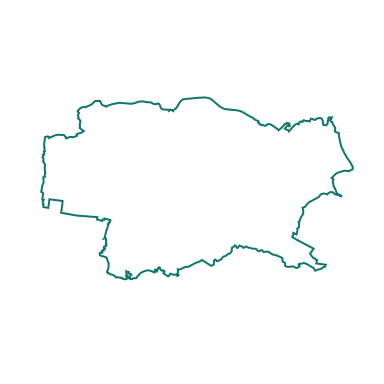 Kota Salatiga, Jawa Tengah, Indonesia (Albers equal-area conic projection), rotated 100°
{"feature_id": "22746128B99456803569608", "entity_name": "Kota Salatiga", "entity_type": "district", "adm_level": 2, "iso_a3": "IDN", "parent_name": "Indonesia", "parent_adm1": "Jawa Tengah", "projection": "albers", "projection_center": [110.501, -7.337], "detail": "fine", "context": "isolated", "style": "outline", "palette": "teal", "viewbox_px": 384, "rotation_deg": 100, "n_neighbors": 0, "source": "geoboundaries", "source_scale": "gbopen_adm2", "svg_char_len": 5965}
<svg xmlns="http://www.w3.org/2000/svg" viewBox="0 0 384 384"><g transform="rotate(100 192 192)"><path d="M106.1,99.8L107.9,102.4L115.4,107.1L114.7,107.5L114.4,108.1L114.4,109.1L113.5,111.6L109.9,109.4L109.7,108.6L110.3,108.0L110.4,107.4L109.9,107.2L109.2,108.5L107.7,108.0L107.5,110.5L108.5,111.2L109.5,112.5L109.3,112.6L112.3,114.3L116.2,117.4L114.8,119.3L114.1,121.4L112.7,124.0L111.7,126.7L112.0,129.2L114.1,131.0L113.7,134.2L114.1,134.9L114.1,135.7L113.5,136.0L113.5,137.1L112.5,138.5L112.0,138.3L111.7,138.9L110.8,138.8L109.8,142.6L108.2,145.4L107.6,147.9L104.7,155.6L103.8,159.0L103.8,162.4L104.6,173.3L104.5,174.9L103.0,179.5L97.5,188.7L96.7,191.3L96.6,195.5L98.1,202.1L102.1,216.5L103.0,217.7L105.2,219.3L110.8,221.5L112.7,222.5L114.5,224.4L114.7,225.5L115.3,225.1L114.6,227.8L115.0,228.3L116.2,228.8L115.1,230.1L115.6,233.1L115.7,235.4L115.1,236.6L114.3,237.5L112.8,238.3L111.1,239.6L110.6,240.5L111.6,242.3L112.0,244.8L110.9,248.1L111.3,251.6L111.3,256.0L111.7,258.1L112.3,260.2L114.5,264.0L115.7,267.3L116.7,278.8L119.3,285.7L121.6,289.8L122.9,291.6L122.4,291.9L122.1,295.2L120.8,296.7L119.2,297.7L118.3,298.5L119.3,303.4L122.3,305.3L123.9,307.0L127.1,311.8L127.0,313.1L127.3,314.0L128.5,316.4L130.5,317.5L132.0,318.7L133.4,317.8L133.8,317.0L136.4,317.6L136.9,317.6L137.9,316.7L139.3,316.9L140.1,315.4L140.7,315.1L141.2,314.3L142.5,314.3L143.7,314.0L145.2,314.4L147.1,313.5L148.4,313.8L150.4,310.2L150.7,309.2L152.1,310.3L155.1,315.6L156.5,315.0L158.6,318.1L158.9,321.9L161.0,324.8L160.7,325.6L159.9,325.6L159.5,326.5L158.2,327.9L158.8,333.7L160.0,336.8L162.7,340.6L162.6,341.5L163.7,342.2L162.3,343.4L162.8,345.1L163.6,346.3L171.5,345.8L173.9,345.3L174.4,344.7L175.3,344.8L177.3,344.1L177.6,344.9L179.8,344.1L180.7,344.1L180.7,344.8L181.1,345.3L182.1,344.9L183.8,345.2L184.7,344.1L187.1,343.9L187.5,343.6L188.1,343.8L189.4,342.3L190.9,341.3L191.5,341.2L192.8,341.5L194.0,341.0L195.1,341.0L199.4,339.6L200.7,340.1L201.8,340.0L202.4,339.6L202.4,340.0L203.3,341.0L208.3,339.8L211.6,340.5L218.1,340.5L218.4,339.2L219.2,338.4L225.5,338.1L225.8,337.6L225.5,336.7L227.5,337.3L228.8,336.8L229.5,336.2L230.0,336.1L230.5,336.5L232.2,335.7L232.6,335.7L232.6,330.8L223.9,331.1L223.3,317.9L227.2,317.5L235.2,317.3L235.2,301.4L233.2,280.9L235.5,280.8L236.1,275.4L234.6,275.3L234.6,273.7L233.3,273.6L233.8,267.5L235.5,267.6L235.5,268.0L237.3,268.2L237.2,268.9L241.7,269.0L245.0,269.7L252.4,270.1L253.0,270.4L252.4,269.2L254.0,268.1L254.1,268.3L254.6,268.1L255.8,268.2L257.5,267.8L257.5,267.5L258.4,267.1L258.9,267.5L259.1,267.2L260.0,267.1L261.0,269.0L261.5,269.3L262.6,269.0L262.6,268.1L263.2,268.0L263.2,268.8L264.8,268.8L264.8,269.6L265.5,269.7L265.8,270.4L267.2,269.9L267.2,270.7L267.6,270.7L267.6,271.5L268.1,271.6L268.5,272.3L270.4,271.6L271.3,264.9L276.9,261.6L281.7,261.1L285.4,261.9L285.9,260.8L286.6,260.7L286.5,259.4L287.1,258.6L287.5,255.3L288.2,253.3L288.7,252.5L289.0,252.6L289.3,252.3L289.2,251.0L288.7,250.1L288.9,247.8L288.6,246.8L289.1,246.6L289.1,245.1L289.7,244.7L289.4,242.1L287.8,239.6L285.9,240.7L286.7,242.0L285.6,242.3L284.4,242.0L284.2,242.4L281.5,243.0L281.8,242.0L281.7,240.4L283.2,240.2L283.3,238.7L284.1,237.3L285.3,238.1L287.4,238.4L288.1,238.2L288.4,237.3L288.1,235.6L287.5,235.4L287.1,234.8L286.5,231.9L284.3,231.0L283.3,230.0L282.1,229.7L279.7,227.4L278.1,224.9L276.9,222.2L276.7,220.8L277.1,217.3L277.8,215.4L277.7,214.8L274.9,215.0L274.7,214.4L276.3,212.8L274.2,212.2L272.6,212.2L271.8,211.0L272.1,210.4L273.0,210.2L274.0,209.4L274.5,208.5L274.7,207.8L274.1,207.0L274.6,205.6L275.2,205.2L276.0,206.0L277.0,206.1L279.1,201.3L279.0,200.5L278.6,200.1L276.3,199.3L276.1,198.9L276.8,196.8L276.3,194.4L275.8,193.1L276.7,192.8L277.2,191.7L276.2,190.8L275.8,191.0L275.6,191.7L274.3,192.1L273.3,191.8L270.6,192.6L270.3,190.1L268.9,188.5L266.7,185.1L266.3,182.6L260.8,175.6L260.2,174.1L258.3,171.4L257.2,170.4L261.4,160.3L259.6,157.9L256.0,158.4L254.7,157.9L254.6,156.8L255.7,155.8L255.3,154.2L253.0,151.3L251.4,150.7L250.6,150.1L249.9,149.4L249.4,148.1L246.9,145.8L246.4,144.7L245.5,143.7L244.2,142.9L243.0,142.6L240.5,143.0L239.7,142.9L238.6,141.3L237.1,140.6L237.3,139.8L239.3,137.8L238.9,137.1L236.8,136.2L236.5,135.8L236.9,134.8L237.0,133.1L238.1,131.8L236.2,129.2L237.0,127.2L236.9,125.2L237.3,123.1L236.9,119.9L237.2,118.6L238.6,116.8L238.8,116.0L238.4,115.1L237.5,114.4L237.1,112.9L238.7,111.1L237.7,108.0L237.6,107.0L237.9,105.7L239.5,102.1L239.7,98.0L241.1,92.1L242.2,91.1L242.6,91.3L244.0,91.1L244.7,90.6L245.1,90.0L245.4,88.4L246.7,87.7L248.3,87.6L248.9,86.9L249.1,85.9L248.9,83.6L247.9,80.2L247.8,79.2L248.4,77.6L248.6,75.5L246.8,73.2L246.4,73.1L244.9,74.4L244.0,73.9L243.7,71.8L242.5,69.6L243.0,66.3L245.4,60.2L245.4,59.5L248.1,57.0L246.9,55.4L246.4,53.9L244.7,50.7L243.3,49.8L242.8,48.2L240.4,47.6L240.8,57.2L237.1,57.0L237.2,57.6L236.9,58.7L235.9,59.5L236.1,60.8L234.0,63.3L232.0,65.0L226.7,62.4L220.9,80.4L218.9,85.5L215.7,84.5L215.2,84.6L214.8,85.2L214.6,85.2L215.6,81.8L213.4,81.5L211.1,81.6L209.8,82.0L209.3,81.4L207.7,80.6L203.9,81.2L203.0,81.8L202.7,81.2L201.6,80.8L200.5,80.8L197.2,80.1L195.1,79.0L193.1,78.8L191.2,79.2L188.2,80.4L187.4,78.5L182.2,75.4L174.6,66.0L172.2,65.0L171.4,63.9L170.5,61.8L170.9,58.3L169.9,57.8L168.3,56.2L167.9,54.8L167.9,52.7L169.3,51.0L169.6,48.7L169.4,46.9L170.1,46.2L170.6,43.6L169.3,45.5L168.5,48.8L163.2,52.1L162.0,53.4L157.4,55.1L154.8,55.0L154.1,56.9L149.4,53.8L147.5,51.5L144.6,45.7L144.2,41.8L144.4,41.1L143.3,40.1L141.8,37.7L139.5,38.0L135.5,41.1L131.1,45.5L127.8,48.3L120.8,53.2L111.5,57.0L108.5,57.6L107.9,61.1L107.3,61.9L104.2,62.0L99.5,65.9L98.6,66.1L98.5,67.4L97.4,68.4L96.6,68.2L96.1,67.6L94.3,67.3L95.0,68.7L94.4,69.2L94.6,69.8L95.3,70.5L101.9,70.4L102.1,71.0L103.0,71.6L103.1,73.4L102.9,74.6L100.5,75.1L98.5,75.9L96.9,77.5L97.0,79.0L98.0,81.8L99.6,83.2L99.6,84.9L99.1,86.1L99.1,87.6L102.2,88.5L101.9,89.9L102.3,92.2L101.9,94.6L102.6,95.1L103.4,95.1L103.9,95.6L103.5,96.6L104.2,98.1L105.7,98.2L106.9,98.8L106.1,99.8Z" fill="none" stroke="#0f766e" stroke-width="2"/></g></svg>